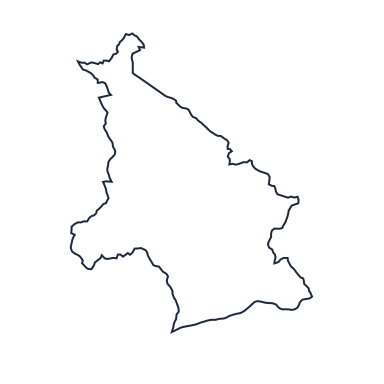 Jaú, São Paulo, Brazil (orthographic projection), rotated 283°
{"feature_id": "56859067B42546306526915", "entity_name": "Jaú", "entity_type": "district", "adm_level": 2, "iso_a3": "BRA", "parent_name": "Brazil", "parent_adm1": "São Paulo", "projection": "orthographic", "projection_center": [-48.547, -22.301], "detail": "fine", "context": "isolated", "style": "outline", "palette": "slate", "viewbox_px": 384, "rotation_deg": 283, "n_neighbors": 0, "source": "geoboundaries", "source_scale": "gbopen_adm2", "svg_char_len": 4010}
<svg xmlns="http://www.w3.org/2000/svg" viewBox="0 0 384 384"><g transform="rotate(283 192 192)"><path d="M93.7,107.7L94.1,111.3L98.5,113.0L101.5,113.2L104.1,115.4L107.2,117.8L110.1,118.3L108.4,120.8L107.5,122.8L107.9,125.0L108.8,127.3L110.1,130.0L110.4,133.4L114.4,133.8L114.9,136.5L113.5,139.4L115.5,141.0L118.1,143.2L116.9,145.7L119.1,147.4L121.1,148.1L123.9,148.8L124.8,152.0L125.9,154.8L125.4,157.3L125.0,159.7L122.9,161.9L119.9,163.5L117.8,165.4L112.0,170.9L111.6,173.1L111.9,176.5L107.8,181.6L106.6,185.4L104.4,187.6L100.1,187.3L96.9,188.9L94.9,192.0L91.4,195.1L88.0,196.1L84.9,198.2L82.9,200.4L79.4,202.7L76.0,204.9L72.5,206.0L69.2,204.5L64.5,205.1L61.9,204.3L59.1,204.0L56.0,204.2L51.0,203.8L54.1,207.7L56.8,210.9L58.2,213.0L59.9,216.9L61.3,220.1L62.8,223.4L63.8,225.5L65.4,227.9L66.8,229.9L68.3,232.7L70.2,236.0L71.4,238.5L72.1,240.8L72.7,243.5L74.6,247.3L75.9,251.4L77.3,253.7L79.5,256.1L81.8,259.9L83.3,262.6L84.2,265.0L85.7,267.4L88.2,270.0L92.8,273.5L98.9,277.7L100.4,280.3L100.7,283.9L100.6,288.7L101.1,291.9L101.7,295.1L101.3,299.2L99.6,301.4L98.3,303.7L98.0,306.8L99.0,310.4L99.4,312.9L99.5,315.4L100.7,318.4L103.1,320.8L106.1,321.6L108.3,321.8L110.4,322.7L112.1,324.1L113.6,327.6L114.7,330.5L117.1,332.5L120.5,330.0L121.9,328.3L124.3,327.4L125.5,325.7L127.6,322.1L130.5,321.0L132.8,319.8L133.2,317.1L135.4,314.0L137.3,311.6L139.8,308.8L141.9,305.0L146.4,301.1L149.2,300.0L148.4,296.1L146.1,293.4L143.4,292.1L142.1,290.4L141.0,288.3L144.0,288.0L147.1,288.1L149.6,287.0L151.6,284.5L154.0,283.1L155.2,279.6L158.1,277.8L160.8,277.9L165.9,279.2L169.3,278.4L172.3,278.5L174.8,280.4L176.0,286.0L177.3,288.1L179.8,288.5L181.8,289.3L184.1,289.9L188.5,290.4L190.9,290.6L193.0,290.6L195.6,290.4L201.2,292.2L204.9,298.1L208.4,297.6L211.1,296.0L209.6,292.9L209.8,289.6L208.1,286.8L209.0,275.8L211.3,273.7L213.8,272.6L216.3,270.8L216.0,268.4L216.8,265.1L220.5,264.8L224.1,264.3L226.6,261.9L227.0,258.2L227.2,255.5L227.7,252.4L228.9,248.5L230.9,245.6L233.1,244.0L235.4,243.5L236.0,241.0L233.3,239.0L232.6,235.3L230.0,231.5L228.5,228.6L228.6,225.2L227.3,222.2L229.9,222.1L232.4,221.4L234.6,218.9L238.2,219.3L240.7,221.6L242.3,219.4L242.0,217.1L244.9,216.3L248.1,216.7L250.3,214.6L251.2,211.9L252.1,209.7L253.1,207.4L252.5,204.6L253.3,201.3L254.3,198.9L255.2,196.1L256.9,193.3L258.6,190.6L260.1,187.7L261.5,185.6L262.7,182.4L264.9,179.3L265.3,176.2L266.7,174.2L268.5,172.7L271.3,170.3L272.1,167.8L271.8,163.8L272.6,161.1L273.9,159.2L275.2,156.8L277.3,156.0L278.2,154.0L278.9,151.2L279.1,147.3L279.5,144.8L291.7,114.7L293.3,110.2L294.5,107.6L300.3,106.2L304.4,105.3L309.4,102.9L313.5,103.0L316.1,106.4L318.6,109.4L321.3,107.4L321.9,112.8L324.8,111.7L327.0,109.0L328.8,106.1L331.2,103.3L331.7,100.8L333.0,98.2L330.8,95.4L331.0,92.1L328.9,91.5L326.4,90.9L323.9,89.5L321.8,88.0L319.3,87.6L317.4,86.3L313.8,86.6L312.0,88.3L309.8,87.0L308.2,84.4L306.1,83.9L303.9,83.3L300.6,81.6L300.8,79.1L300.2,76.5L297.2,75.9L297.7,73.4L295.5,71.8L295.7,68.3L295.7,64.9L292.8,61.1L293.8,58.3L293.1,55.2L293.6,51.5L290.8,53.8L288.4,56.5L286.8,58.2L286.5,61.9L285.8,64.2L285.0,66.9L283.2,69.7L281.4,71.5L280.4,74.8L277.1,75.6L277.9,77.9L279.0,79.9L278.4,83.0L276.4,84.7L273.8,86.4L270.2,88.5L268.4,91.2L263.0,80.1L258.2,83.5L254.3,86.7L252.5,89.1L250.5,91.8L244.2,91.3L242.0,91.5L239.2,92.6L236.3,91.2L233.6,92.7L230.9,95.5L227.5,97.8L225.2,100.0L223.3,102.3L221.6,103.7L218.4,104.8L216.0,107.0L214.1,108.2L210.9,108.2L207.9,106.5L205.5,104.9L202.3,103.8L198.7,104.3L196.1,104.2L193.4,104.8L191.1,106.4L186.9,108.8L183.9,111.4L183.1,106.0L181.8,103.1L177.7,106.1L175.3,107.6L172.5,108.7L169.8,110.5L167.2,112.1L165.0,111.4L161.7,110.6L160.4,108.4L157.7,107.0L154.9,105.4L152.6,103.5L149.7,103.4L147.4,102.0L146.1,99.8L144.0,97.9L139.8,96.5L138.9,92.8L137.3,90.5L136.8,87.7L134.5,85.0L131.2,82.5L127.8,83.2L124.8,83.5L123.8,87.4L121.4,86.6L119.1,86.2L116.5,86.2L113.9,86.2L110.3,86.4L107.1,88.5L105.6,91.7L104.8,95.5L103.8,97.6L100.8,101.0L97.9,100.9L94.8,105.5L93.7,107.7Z" fill="none" stroke="#1e293b" stroke-width="2"/></g></svg>